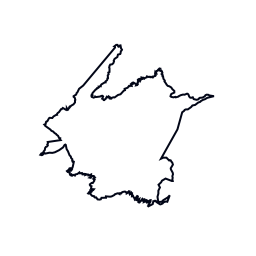 the district of Chapada dos Guimarães, Mato Grosso, Brazil, rotated 342°
{"feature_id": "56859067B35702518946002", "entity_name": "Chapada dos Guimarães", "entity_type": "district", "adm_level": 2, "iso_a3": "BRA", "parent_name": "Brazil", "parent_adm1": "Mato Grosso", "projection": "albers", "projection_center": [-55.544, -15.094], "detail": "fine", "context": "isolated", "style": "outline", "palette": "ink", "viewbox_px": 256, "rotation_deg": 342, "n_neighbors": 0, "source": "geoboundaries", "source_scale": "gbopen_adm2", "svg_char_len": 5776}
<svg xmlns="http://www.w3.org/2000/svg" viewBox="0 0 256 256"><g transform="rotate(342 128 128)"><path d="M36.4,126.4L37.6,127.2L38.3,127.2L39.9,126.5L40.6,125.7L41.5,126.8L45.6,127.2L48.4,128.3L50.9,128.5L55.6,127.8L60.2,126.4L62.5,124.5L63.3,124.4L63.6,124.8L63.1,129.1L63.7,131.5L64.0,136.0L64.8,137.4L64.6,138.8L65.4,140.5L64.8,141.8L64.9,142.9L65.8,142.9L66.1,143.3L63.3,148.1L62.3,148.8L62.3,149.6L61.1,150.7L60.5,151.0L60.0,150.3L60.5,148.4L59.9,148.3L58.7,149.4L56.6,150.1L56.8,150.6L57.7,150.9L57.5,151.3L58.4,151.6L58.8,152.4L58.4,153.1L58.5,154.5L59.5,154.5L59.2,155.5L60.0,156.1L61.2,155.5L62.8,156.8L63.5,155.9L65.7,156.1L68.1,155.2L68.3,156.3L70.3,156.6L70.3,158.0L70.9,158.3L71.7,157.9L73.3,158.6L72.8,159.5L74.7,159.5L75.8,160.0L75.6,160.9L76.2,161.1L78.6,160.8L78.2,162.0L77.0,163.2L76.3,163.4L77.0,163.8L79.2,162.6L80.6,163.1L81.0,163.8L80.8,164.3L81.1,164.9L80.2,165.0L80.2,165.7L79.4,165.8L80.2,166.8L79.6,167.2L79.6,167.8L77.5,169.4L76.5,169.0L74.3,169.8L74.1,170.4L74.4,171.4L75.3,172.1L74.1,174.1L74.2,174.7L76.6,175.7L75.7,176.3L75.1,176.0L73.6,177.4L72.9,177.5L73.9,176.4L72.8,175.7L72.5,176.6L71.5,176.8L69.9,177.9L70.4,178.3L71.3,178.1L72.1,178.9L72.0,179.5L72.9,181.4L74.8,182.5L74.7,183.4L75.2,184.0L76.3,184.2L77.0,186.5L78.8,187.3L80.1,187.4L81.2,186.2L85.5,187.5L85.9,186.2L89.7,187.8L91.3,188.0L94.4,187.5L94.9,187.0L97.3,186.9L98.4,187.0L99.7,188.4L100.4,187.5L101.4,188.1L102.2,187.4L103.3,187.2L105.5,187.5L106.3,188.6L106.8,188.7L106.5,189.8L107.9,189.5L109.3,188.4L109.8,188.7L109.2,189.6L109.2,191.4L111.1,190.3L111.2,190.8L110.4,191.6L111.6,191.6L110.7,194.0L111.8,193.9L112.0,195.9L112.5,196.6L112.4,197.7L115.7,195.5L116.1,195.8L116.2,196.5L113.8,199.2L114.4,199.5L116.7,199.0L114.9,201.5L115.5,202.3L115.9,202.4L119.8,199.8L120.0,200.3L119.6,201.6L120.2,201.6L121.5,200.8L121.8,201.1L120.3,203.3L121.4,203.2L123.3,202.3L124.0,203.1L123.1,203.6L122.7,204.3L122.9,204.8L123.7,204.8L126.5,203.5L127.2,203.6L126.6,205.0L123.8,207.4L123.9,207.9L123.0,208.4L123.2,208.8L128.0,208.0L129.5,205.4L130.5,205.8L131.2,205.5L132.0,206.0L132.1,207.1L134.9,210.5L135.4,210.7L137.5,210.5L138.8,209.7L139.8,209.6L141.4,209.6L142.6,210.3L146.9,204.9L144.4,206.3L139.1,207.6L138.2,208.2L136.9,208.5L135.0,208.0L134.0,207.3L134.8,202.5L136.6,199.8L137.5,197.0L140.0,194.4L139.5,191.4L142.7,189.9L144.0,188.6L148.1,187.7L153.4,192.0L154.2,192.2L154.3,190.6L155.1,189.2L155.3,187.5L156.5,185.9L156.7,184.3L156.0,180.6L156.2,179.5L159.4,176.7L159.4,174.4L158.9,173.6L158.6,172.0L157.7,171.4L157.1,171.6L155.4,168.1L152.4,167.1L149.9,167.4L174.6,144.6L184.4,129.8L186.7,129.0L187.5,128.3L188.8,128.2L190.6,128.8L194.5,127.6L196.2,126.5L199.0,126.8L202.6,125.5L204.9,125.4L205.6,124.9L208.1,124.4L210.1,124.4L212.7,123.8L219.6,124.3L215.5,122.2L214.6,121.2L213.0,120.6L211.7,120.8L210.8,121.6L208.2,122.1L205.7,121.5L204.4,121.9L203.9,122.5L202.0,122.4L199.4,120.8L199.1,118.8L197.4,118.8L196.5,118.3L195.9,117.0L195.8,114.8L195.3,113.9L194.7,113.6L192.2,113.8L190.6,113.2L188.3,113.1L186.2,113.4L185.7,113.7L182.9,113.6L182.6,113.0L180.7,112.9L178.8,111.8L178.2,111.0L178.8,110.0L179.8,109.0L183.0,108.6L183.5,107.1L182.1,104.6L181.7,102.9L180.3,101.2L178.8,100.2L178.0,98.4L178.0,97.8L177.1,95.0L177.6,94.5L177.5,93.8L176.9,92.2L177.3,89.7L176.8,89.5L176.8,88.9L177.3,88.1L176.7,87.1L177.3,86.9L177.8,86.0L177.5,85.0L177.8,84.7L177.4,83.5L176.3,83.6L175.9,83.0L176.0,81.9L176.8,81.4L176.3,81.1L174.3,82.1L173.9,82.7L172.7,82.6L171.7,84.3L171.8,85.0L171.2,84.8L171.0,83.7L170.6,84.5L170.8,85.2L170.7,86.2L170.0,86.2L169.9,86.9L168.0,86.9L167.6,87.3L167.2,86.9L166.9,87.4L165.5,86.5L164.9,86.6L164.6,86.0L163.5,85.9L162.0,84.8L161.5,85.6L159.7,85.6L158.6,86.2L158.2,85.9L158.5,85.4L158.1,84.9L157.6,84.9L156.6,84.2L156.4,85.7L155.6,85.5L154.8,86.3L155.0,84.9L154.3,84.9L154.0,85.4L153.5,84.8L152.3,85.1L152.1,86.0L152.4,86.5L153.1,86.6L152.4,87.3L151.4,87.4L151.0,88.0L150.9,89.4L150.0,90.0L148.9,89.9L149.4,89.3L149.1,88.6L147.8,87.1L147.4,87.5L146.9,87.5L146.9,86.4L146.2,86.3L144.6,87.0L145.4,87.7L144.6,88.0L144.5,89.1L143.4,88.5L142.6,88.8L141.9,88.3L140.1,89.6L136.9,89.7L136.8,91.1L135.5,91.2L131.3,93.6L128.7,93.5L124.7,94.8L123.6,94.3L121.6,94.3L121.2,94.9L120.7,94.8L119.9,94.4L120.4,93.3L119.3,91.9L118.4,92.8L117.5,91.7L115.5,93.6L114.5,93.6L114.1,94.1L113.5,93.9L113.1,92.5L112.5,92.1L114.1,90.3L113.7,89.5L112.5,89.2L111.5,89.5L107.2,88.7L106.5,87.9L106.1,88.4L104.7,88.5L103.1,87.2L103.1,86.2L103.4,85.7L103.7,86.1L104.4,85.9L104.5,84.6L105.1,83.8L109.3,81.3L110.0,81.4L110.9,80.5L111.8,80.7L112.4,80.4L112.7,79.8L113.0,80.2L114.5,79.5L115.0,79.8L115.3,79.0L116.3,78.3L119.8,77.5L120.8,77.7L121.0,76.8L122.9,76.0L123.5,75.3L123.7,74.5L124.4,74.4L125.0,71.7L126.2,70.9L126.4,69.2L127.7,69.0L128.9,65.4L128.7,64.8L129.7,63.1L130.7,62.2L132.5,62.5L134.0,61.9L135.3,60.3L135.2,59.6L136.6,58.1L139.8,57.2L141.1,55.1L143.5,55.2L143.9,54.8L144.9,52.8L146.0,52.2L146.5,51.6L146.0,50.2L146.4,47.1L145.8,47.0L144.8,47.8L144.3,47.9L143.9,47.5L143.7,45.7L142.5,45.3L140.3,46.1L140.7,46.4L140.5,47.5L98.5,73.8L93.6,75.6L90.8,78.5L89.9,78.9L89.0,80.2L86.1,80.9L85.9,81.5L86.7,82.9L86.6,85.0L86.1,85.3L85.5,87.3L83.4,88.7L80.9,89.2L79.5,90.0L79.1,89.6L78.5,90.1L78.3,90.8L77.5,91.0L76.8,92.0L76.3,92.1L75.9,90.2L75.6,91.1L74.8,91.7L72.2,88.8L70.8,89.6L70.2,89.4L67.2,91.6L65.8,92.0L64.6,92.9L64.6,93.5L63.3,93.4L60.7,94.0L59.1,95.1L56.6,94.1L55.9,94.3L53.3,96.7L52.5,96.6L51.8,97.0L51.0,98.7L49.5,98.9L50.1,100.1L50.0,100.5L53.7,105.5L54.3,107.0L55.7,108.2L56.6,110.1L57.8,111.5L57.9,112.1L59.1,113.9L59.4,116.3L60.4,116.8L59.9,117.9L60.2,118.7L47.3,116.5L47.2,117.6L46.6,118.6L46.2,118.7L46.4,119.7L46.0,120.1L45.0,120.6L44.1,120.6L43.0,121.4L42.1,123.2L40.4,124.3L39.6,125.4L37.8,125.4L36.4,126.4Z" fill="none" stroke="#020617" stroke-width="2"/></g></svg>